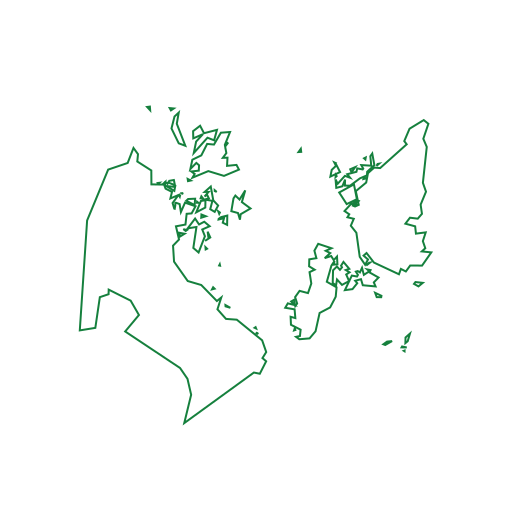 the district of Surigao del Norte, Surigao del Norte, Philippines, rotated 18°
{"feature_id": "2640588B80080860218245", "entity_name": "Surigao del Norte", "entity_type": "district", "adm_level": 2, "iso_a3": "PHL", "parent_name": "Philippines", "parent_adm1": "Surigao del Norte", "projection": "robinson", "projection_center": [125.793, 9.694], "detail": "fine", "context": "isolated", "style": "outline", "palette": "green", "viewbox_px": 512, "rotation_deg": 18, "n_neighbors": 0, "source": "geoboundaries", "source_scale": "gbopen_adm2", "svg_char_len": 6218}
<svg xmlns="http://www.w3.org/2000/svg" viewBox="0 0 512 512"><g transform="rotate(18 256 256)"><path d="M125.4,374.0L120.2,343.4L127.6,337.9L126.3,333.5L150.6,337.2L162.9,348.3L154.9,368.2L218.4,386.0L228.8,394.0L237.2,408.0L239.4,437.1L290.0,367.5L296.0,366.8L298.2,353.0L293.7,351.1L295.4,344.2L287.9,334.3L257.4,322.5L246.9,325.1L235.8,318.6L235.8,306.2L232.7,310.9L212.9,300.5L198.8,300.9L179.8,286.7L173.9,271.8L177.7,264.1L170.7,252.5L179.2,247.9L177.0,237.3L181.6,235.4L183.1,227.4L172.0,227.2L171.0,237.4L167.3,230.2L163.3,230.1L162.9,230.6L163.6,232.7L164.1,236.2L163.6,236.2L160.3,231.4L163.4,222.0L156.8,227.7L156.3,221.0L149.2,219.9L146.5,216.5L134.4,220.2L130.0,207.0L113.9,202.8L112.3,195.6L106.1,191.1L105.2,207.2L88.7,219.5L84.4,274.4L111.4,381.2L125.4,374.0ZM379.1,77.0L373.5,74.9L362.7,87.5L361.5,100.9L364.8,103.2L346.9,134.0L341.1,135.4L336.9,142.6L338.1,152.1L330.9,163.5L337.9,175.6L334.9,178.3L332.9,178.2L330.7,176.2L326.3,185.9L331.8,187.5L331.0,190.9L337.5,190.4L336.8,197.9L344.3,202.9L354.9,224.7L362.5,230.6L363.6,224.7L358.2,222.4L360.2,219.0L370.2,225.8L397.6,229.2L397.8,223.5L403.3,224.4L405.6,217.4L416.9,213.8L421.6,198.4L412.3,200.4L414.6,196.3L410.1,190.3L410.1,181.1L401.2,185.3L398.2,178.6L388.1,179.1L390.6,172.0L398.3,170.5L400.8,164.6L396.7,156.3L397.8,142.3L392.1,134.8L384.7,99.5L378.9,92.8L379.1,77.0ZM325.4,225.3L311.4,225.2L309.9,232.9L314.1,239.4L307.7,242.7L309.7,249.4L316.0,250.9L311.9,254.8L317.1,265.1L316.9,275.2L308.2,275.7L305.9,283.0L309.8,288.5L308.8,291.5L305.6,286.1L303.5,288.4L308.0,290.7L300.9,291.2L299.8,296.2L309.2,294.8L312.6,302.9L307.7,303.1L310.5,310.6L321.2,312.3L322.5,318.5L319.1,320.5L322.9,321.8L332.4,317.8L335.9,309.2L334.1,290.5L342.4,282.0L344.4,270.1L342.3,260.9L331.3,258.6L330.7,241.8L332.2,236.5L332.6,240.2L336.0,238.7L333.2,231.5L331.2,235.9L327.5,232.8L322.0,236.8L325.7,230.3L320.7,229.5L325.4,225.3ZM193.0,146.1L184.5,149.6L181.6,163.0L174.9,164.5L172.9,177.2L165.7,184.1L166.7,193.5L170.5,185.9L173.8,187.3L175.2,192.5L168.4,195.6L172.3,196.9L171.4,201.1L184.4,190.0L200.8,189.7L213.1,179.1L209.3,175.4L200.6,179.2L198.5,171.3L194.1,172.9L196.0,167.3L192.0,159.9L193.0,146.1ZM334.9,122.6L333.9,125.8L337.7,134.5L328.0,137.0L331.0,139.8L330.7,140.7L325.2,141.4L325.5,144.9L317.5,150.0L321.3,152.5L315.8,152.3L311.4,162.0L308.0,158.6L311.3,166.4L316.6,163.0L317.1,155.8L318.8,161.6L323.8,160.0L330.8,150.1L336.6,145.0L335.7,141.5L340.5,133.0L334.9,122.6ZM360.5,234.5L359.9,239.5L357.4,238.9L355.8,240.0L358.8,242.5L358.4,244.3L353.2,245.0L351.1,261.0L358.0,257.7L360.7,250.6L358.0,248.9L363.0,245.6L366.6,250.8L379.1,248.0L376.2,244.7L379.2,238.6L367.9,236.3L364.4,240.6L360.5,234.5ZM190.4,246.8L193.9,267.7L200.3,270.4L201.3,253.0L196.7,247.4L202.7,242.0L196.2,239.4L192.1,243.6L186.5,239.2L182.5,250.8L190.4,246.8ZM179.9,148.1L168.6,155.3L162.6,149.4L157.6,156.7L160.0,163.5L167.9,156.5L163.7,165.7L165.0,177.3L173.3,158.5L180.4,158.9L179.9,148.1ZM341.0,234.6L339.9,238.9L341.3,240.2L340.1,243.2L336.2,241.0L333.7,245.8L337.3,258.0L341.2,259.1L340.3,253.3L346.7,256.9L352.3,251.1L347.5,245.7L350.0,242.6L345.7,241.6L348.7,239.4L341.0,234.6ZM225.5,196.9L222.9,207.4L217.7,204.9L216.8,208.2L218.7,221.0L225.6,220.7L229.5,226.4L228.5,221.0L236.1,212.5L225.9,209.1L225.5,196.9ZM327.0,157.6L315.5,169.9L326.2,178.6L334.4,170.8L327.0,157.6ZM138.2,143.5L135.4,148.5L136.2,160.8L147.7,172.7L154.7,173.0L139.8,154.7L138.2,143.5ZM191.5,203.9L187.4,210.9L191.1,209.7L188.7,215.3L190.6,212.9L193.3,215.7L189.7,218.2L197.5,217.0L198.0,225.6L203.1,226.8L204.4,219.7L198.2,216.3L191.5,203.9ZM190.7,218.6L186.6,220.7L185.7,232.9L192.8,225.6L190.7,218.6ZM304.6,144.8L301.4,150.7L302.2,157.5L310.0,150.2L304.6,144.8ZM216.2,226.4L210.8,229.8L209.0,232.2L209.1,232.9L213.9,229.9L214.1,234.6L218.9,235.3L216.2,226.4ZM156.3,215.6L148.9,217.2L158.2,219.3L157.6,214.7L156.3,215.6ZM180.4,220.3L173.8,222.8L172.6,225.0L181.9,226.5L180.4,220.3ZM154.4,209.1L150.3,211.3L149.8,213.2L157.0,213.7L154.4,209.1ZM426.4,282.2L423.4,287.3L425.0,292.7L426.6,290.2L426.4,282.2ZM422.9,230.0L415.7,231.5L414.9,233.7L419.9,234.7L422.9,230.0ZM202.5,247.8L205.5,254.1L202.9,257.3L206.8,252.5L202.5,247.8ZM380.7,254.2L383.5,257.8L387.8,256.5L387.6,255.1L380.7,254.2ZM247.6,313.2L242.1,312.1L242.6,313.3L247.6,313.2ZM411.7,294.9L407.1,296.9L404.4,300.6L406.4,300.7L411.7,294.9ZM181.2,256.9L175.9,257.6L177.8,260.9L181.2,256.9ZM363.8,231.0L366.4,227.1L365.6,227.5L363.8,231.0ZM322.9,140.8L318.8,144.4L321.0,146.9L322.9,140.8ZM132.2,141.1L128.2,142.0L130.1,143.8L132.2,141.1ZM196.0,233.7L191.3,233.4L192.1,236.5L196.0,233.7ZM427.6,296.4L422.9,296.9L422.7,297.9L427.6,296.4ZM266.8,143.0L265.5,140.2L264.3,144.0L266.8,143.0ZM146.9,213.4L145.4,216.0L146.5,216.2L146.9,216.7L147.7,217.1L146.9,213.4ZM108.9,146.7L106.4,147.9L110.3,150.1L108.9,146.7ZM182.3,252.7L178.6,252.9L181.4,253.9L182.3,252.7ZM188.3,217.9L185.6,216.1L185.5,218.3L188.3,217.9ZM170.6,204.4L167.2,203.8L168.2,205.8L170.6,204.4ZM369.3,234.0L366.0,234.4L369.1,235.8L369.3,234.0ZM194.5,156.7L192.6,158.7L193.1,160.7L194.5,156.7ZM207.2,264.2L205.2,263.2L206.1,265.3L207.2,264.2ZM337.3,147.8L334.4,148.4L334.4,149.6L337.3,147.8ZM336.7,176.1L333.3,176.6L333.0,177.6L336.7,176.1ZM226.7,299.9L224.9,299.0L224.5,301.3L226.7,299.9ZM198.8,207.2L196.4,206.2L196.7,207.0L198.8,207.2ZM208.2,225.8L206.3,225.2L208.0,227.3L208.2,225.8ZM335.9,173.3L334.0,174.2L334.9,175.0L335.9,173.3ZM278.5,324.9L277.6,323.8L276.9,324.7L278.5,324.9ZM330.2,130.4L329.9,128.4L328.6,129.7L330.2,130.4ZM316.3,314.2L315.2,312.8L315.2,315.0L316.3,314.2ZM344.5,130.2L343.2,130.9L342.8,133.0L344.5,130.2ZM335.6,172.2L334.1,172.6L335.0,173.1L335.6,172.2ZM140.5,217.7L141.4,216.3L139.9,217.0L140.5,217.7ZM281.2,328.9L279.5,328.9L282.1,329.7L281.2,328.9ZM184.7,223.2L183.2,222.6L183.4,223.6L184.7,223.2ZM308.0,155.1L306.8,154.2L307.3,156.4L308.0,155.1ZM303.2,143.0L301.5,142.8L302.9,144.2L303.2,143.0ZM165.1,222.0L164.1,222.2L165.2,223.2L165.1,222.0ZM149.8,214.0L148.5,214.0L149.5,214.7L149.8,214.0ZM167.3,218.7L166.1,219.2L166.6,219.5L167.3,218.7ZM224.8,276.3L224.1,275.1L223.9,276.4L224.8,276.3ZM426.5,300.0L425.9,300.5L426.7,300.7L426.5,300.0ZM333.0,176.2L333.1,174.6L332.3,175.7L333.0,176.2Z" fill="none" stroke="#15803d" stroke-width="2"/></g></svg>